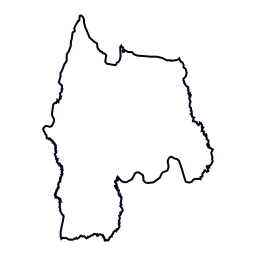 outline of Lumphat, Rôtânôkiri, Cambodia
{"feature_id": "14789045B80217512950075", "entity_name": "Lumphat", "entity_type": "district", "adm_level": 2, "iso_a3": "KHM", "parent_name": "Cambodia", "parent_adm1": "Rôtânôkiri", "projection": "equal_earth", "projection_center": [107.076, 13.435], "detail": "fine", "context": "isolated", "style": "outline", "palette": "ink", "viewbox_px": 256, "rotation_deg": 0, "n_neighbors": 0, "source": "geoboundaries", "source_scale": "gbopen_adm2", "svg_char_len": 5776}
<svg xmlns="http://www.w3.org/2000/svg" viewBox="0 0 256 256"><path d="M200.6,179.2L200.8,178.6L200.5,177.2L202.4,176.5L202.5,173.5L203.9,172.0L204.4,170.4L205.1,170.3L206.9,171.8L208.3,171.1L208.2,170.1L206.7,166.3L207.7,166.0L208.7,167.7L209.4,167.6L209.6,165.6L210.9,164.8L212.3,162.1L212.7,161.1L212.0,159.0L212.5,157.5L211.2,153.0L212.8,149.4L210.3,148.2L209.1,146.6L208.8,147.5L207.8,146.6L207.1,144.3L207.3,144.0L208.1,145.0L208.8,144.8L207.8,143.6L208.5,142.5L208.5,140.5L206.6,139.1L206.8,137.4L205.6,136.2L206.5,135.3L206.4,134.6L206.1,134.2L205.1,134.9L204.1,134.8L203.5,133.1L204.1,132.0L203.1,131.0L201.8,131.1L202.1,130.5L202.0,128.7L202.5,128.7L203.3,127.4L201.8,126.7L202.1,124.9L201.6,124.6L201.0,123.3L200.0,122.7L200.2,123.9L198.9,124.0L198.9,124.9L198.4,125.2L197.1,123.7L197.0,122.5L196.4,122.5L195.8,121.7L192.9,121.3L192.9,120.7L193.5,119.8L193.2,118.1L193.9,117.6L192.1,116.7L192.1,115.2L190.8,114.2L191.9,113.2L191.5,112.0L191.7,111.2L190.8,110.6L191.2,109.8L190.9,107.8L190.2,107.6L189.6,106.3L189.8,103.5L190.6,102.1L189.2,98.2L189.8,97.1L189.7,96.0L190.4,96.4L190.7,95.3L189.6,95.5L189.9,93.9L189.0,94.6L188.3,93.5L188.8,91.7L188.0,90.4L188.5,89.6L187.8,88.8L188.4,87.9L188.1,87.0L186.8,86.4L185.4,84.9L184.9,83.5L184.2,83.2L184.1,81.6L183.4,80.3L183.4,78.8L185.8,76.3L186.7,72.9L185.7,69.2L185.2,68.4L183.8,67.7L183.4,66.9L183.7,65.3L182.9,63.2L181.6,61.8L180.7,61.8L179.2,58.4L178.2,59.4L176.7,60.1L171.1,60.8L170.8,60.3L167.0,60.4L162.2,58.0L156.8,56.7L151.1,56.7L137.3,55.6L133.9,54.3L132.0,52.1L128.1,52.0L124.6,50.0L124.2,51.6L123.1,52.1L122.7,50.7L123.0,50.4L123.3,48.1L122.4,46.9L121.3,47.2L121.1,45.8L120.4,46.4L120.2,48.2L120.6,56.3L119.8,59.8L118.5,62.0L116.8,62.8L116.1,64.7L115.0,65.1L107.2,63.8L105.5,62.2L105.3,61.1L106.3,55.1L104.5,53.5L102.7,53.2L102.2,51.8L101.0,51.8L99.1,50.0L97.5,47.8L97.1,43.7L96.7,43.1L94.0,41.6L89.7,37.7L85.1,26.8L84.0,22.3L84.0,20.0L83.2,17.3L81.0,15.4L79.7,15.9L79.2,20.5L77.9,21.1L77.8,21.9L77.2,22.4L75.1,26.3L74.2,28.6L74.9,30.6L74.5,31.4L72.6,32.4L71.7,39.4L71.0,40.8L70.7,46.3L68.6,51.6L66.7,54.4L66.7,60.7L64.2,64.6L62.0,70.6L60.4,73.1L60.5,76.5L58.9,82.2L60.0,84.0L62.0,85.5L61.9,87.2L62.4,88.9L62.3,89.3L61.6,89.4L61.7,91.7L59.8,93.6L60.2,94.5L60.3,96.2L60.8,96.1L61.0,96.7L60.8,97.2L60.1,97.1L60.2,97.8L59.8,98.1L60.4,98.7L58.5,100.4L58.4,101.6L57.4,100.3L57.3,101.8L56.6,101.7L56.2,103.0L54.3,103.2L53.2,104.7L51.9,114.2L52.4,116.1L54.0,119.1L54.1,120.6L53.5,122.6L52.6,124.7L51.4,126.3L49.8,126.8L47.0,126.0L45.5,126.1L44.1,127.3L43.2,129.1L43.9,131.2L45.3,133.4L45.2,134.2L46.4,135.1L46.8,138.3L48.3,138.4L48.7,138.9L49.1,138.2L49.8,138.4L50.6,139.1L50.4,139.7L50.9,140.3L51.4,140.1L51.4,140.5L52.8,141.2L52.6,142.5L53.9,142.5L54.1,143.3L54.4,143.2L54.7,143.8L54.4,144.1L54.7,145.0L55.3,144.9L55.4,145.6L55.8,145.7L55.3,147.4L55.9,147.4L55.9,148.7L55.3,149.1L55.3,149.9L55.5,151.0L56.2,151.0L56.4,152.2L54.6,154.1L55.5,155.4L55.4,155.9L56.1,157.2L56.0,157.9L56.4,158.3L56.3,159.0L57.5,159.1L56.9,159.7L57.4,160.8L56.8,161.6L58.4,163.8L58.7,163.4L59.3,163.5L58.7,164.3L59.1,164.9L59.3,164.4L59.9,164.5L60.2,164.7L60.1,165.4L60.7,165.4L60.8,165.9L61.1,165.5L62.1,166.2L61.9,166.7L62.2,168.0L61.3,169.3L62.6,169.6L62.6,170.5L61.6,171.5L62.0,172.2L61.9,172.9L62.5,173.2L62.4,174.6L62.0,175.1L61.5,175.0L61.8,175.6L61.5,176.3L60.1,177.8L60.1,178.4L60.6,177.9L60.9,178.3L60.1,179.3L60.4,179.5L60.3,181.1L59.9,180.9L59.3,182.4L58.9,182.3L58.1,184.4L58.5,184.8L58.4,186.2L58.8,187.2L58.4,188.3L57.7,188.0L57.5,189.1L56.8,189.4L57.0,190.3L56.4,190.4L56.1,191.1L56.4,191.8L55.7,192.7L56.0,193.4L55.7,194.2L55.1,193.9L54.7,195.0L55.3,195.5L55.4,196.4L55.7,196.1L55.8,197.3L56.9,196.9L57.2,197.3L57.1,197.7L58.0,197.6L58.6,198.9L59.4,198.3L60.5,199.2L60.6,200.5L60.2,200.3L59.7,201.0L60.4,201.6L59.6,201.6L59.3,202.5L60.1,204.0L59.6,204.5L59.9,205.1L59.9,206.2L59.4,207.2L59.9,207.7L60.4,209.3L59.9,210.1L60.2,210.9L61.9,214.0L63.0,215.5L63.4,215.4L63.7,216.8L60.6,232.0L60.7,236.9L61.4,238.9L62.8,237.7L64.4,238.1L65.8,237.8L69.0,239.7L70.7,239.4L71.8,239.9L73.9,239.3L74.6,238.7L75.9,238.6L76.3,238.0L76.8,238.7L77.3,238.7L79.5,237.2L79.9,236.3L81.0,235.6L82.6,236.6L83.9,236.0L86.4,238.3L88.1,237.5L88.1,236.8L89.0,237.0L91.5,235.4L93.0,235.2L94.0,233.9L94.4,233.9L96.0,234.2L96.7,234.8L97.0,235.7L97.5,235.6L97.7,234.7L98.3,235.4L98.7,234.7L100.2,234.2L101.6,235.0L102.6,234.9L103.0,235.3L102.8,236.5L103.6,236.5L104.0,236.9L104.0,237.8L104.5,238.1L104.4,239.1L104.8,240.6L105.7,240.6L105.9,240.1L106.3,240.0L108.1,240.5L108.6,239.9L108.4,239.5L109.2,239.2L109.4,237.8L110.7,236.5L111.7,236.6L112.0,234.7L113.1,233.9L113.2,232.4L114.9,230.8L116.1,231.4L116.7,230.5L116.6,229.2L117.9,229.2L119.6,226.5L118.7,224.0L119.5,223.7L119.7,222.8L119.6,222.3L119.0,222.1L118.7,221.0L119.3,220.2L119.9,218.1L119.2,215.8L120.1,215.3L121.2,213.9L121.2,213.3L120.3,213.1L120.4,212.3L121.5,212.3L122.7,210.6L122.1,208.1L120.7,206.8L120.3,205.7L121.0,204.9L122.1,205.5L120.5,203.1L121.2,201.4L121.0,200.8L121.6,197.3L120.9,196.6L120.4,195.4L120.2,196.5L118.8,194.9L118.5,193.2L118.9,190.4L117.6,190.5L117.1,189.3L116.1,188.2L116.5,187.8L117.6,188.3L117.7,187.6L116.9,186.4L115.3,186.6L115.0,185.8L116.8,185.1L116.7,184.2L115.1,182.2L115.1,181.4L115.4,180.7L117.1,180.8L117.9,180.3L117.8,179.6L117.0,178.9L116.8,178.2L117.6,176.7L121.7,181.3L124.3,182.2L126.7,182.1L132.1,179.1L135.2,173.1L136.7,172.5L138.9,172.4L142.8,175.2L143.3,176.9L143.5,180.5L145.6,182.6L148.2,183.0L153.5,182.3L160.0,177.6L161.6,173.6L162.8,172.3L167.0,170.7L167.8,169.8L168.4,167.8L168.5,166.0L167.7,161.6L167.8,160.5L169.2,157.8L171.1,156.7L175.3,158.8L177.1,159.1L178.9,160.7L181.7,168.5L185.3,180.6L185.9,181.7L189.2,182.6L191.9,181.7L193.0,180.0L194.7,179.0L199.2,178.8L200.6,179.2Z" fill="none" stroke="#020617" stroke-width="2"/></svg>